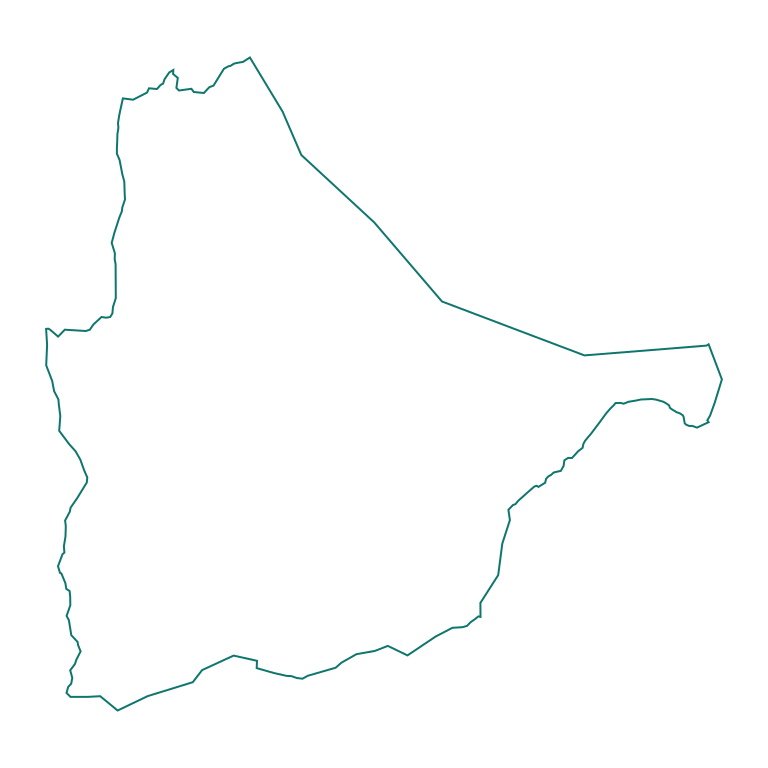 the district of San Pablo Yaganiza, Oaxaca, Mexico
{"feature_id": "50627088B67315987692410", "entity_name": "San Pablo Yaganiza", "entity_type": "district", "adm_level": 2, "iso_a3": "MEX", "parent_name": "Mexico", "parent_adm1": "Oaxaca", "projection": "equal_earth", "projection_center": [-96.217, 17.128], "detail": "fine", "context": "isolated", "style": "outline", "palette": "teal", "viewbox_px": 768, "rotation_deg": 0, "n_neighbors": 0, "source": "geoboundaries", "source_scale": "gbopen_adm2", "svg_char_len": 2575}
<svg xmlns="http://www.w3.org/2000/svg" viewBox="0 0 768 768"><path d="M122.9,98.4L120.1,111.1L119.2,115.5L118.0,123.1L118.4,127.9L117.4,134.3L117.2,141.8L116.9,147.9L116.9,153.9L117.7,155.5L119.6,160.1L122.3,174.1L124.3,181.6L124.7,194.2L125.0,199.4L122.3,207.5L121.9,211.2L119.3,217.6L114.3,233.1L111.7,242.9L114.9,253.3L114.7,259.4L115.6,264.1L115.8,298.1L113.0,306.9L112.4,313.4L110.2,317.0L106.2,317.7L101.5,317.0L93.5,324.4L89.8,329.7L85.8,331.0L64.8,329.7L58.1,336.6L50.1,329.7L48.4,328.7L46.1,328.9L47.1,344.8L46.2,365.3L52.2,381.0L54.1,391.1L58.4,399.4L58.8,404.2L60.3,416.0L59.2,430.8L69.3,444.3L75.6,451.3L80.4,459.8L84.2,470.4L87.3,477.5L87.1,479.2L86.8,482.5L77.4,497.8L70.6,507.7L69.8,511.7L65.1,520.5L65.8,526.1L65.5,536.4L63.9,546.2L64.4,552.6L62.5,554.2L58.0,566.2L60.0,572.9L61.4,573.5L65.4,583.2L66.3,588.9L69.6,591.0L70.2,596.9L70.3,605.3L66.6,615.9L68.9,620.2L71.3,635.2L77.6,642.0L78.0,644.9L80.6,651.4L76.4,659.6L74.9,664.1L70.2,670.3L72.3,677.9L71.2,683.7L68.2,686.9L66.5,692.9L68.8,695.2L70.5,696.9L87.3,696.9L100.2,696.2L117.6,710.5L147.7,696.1L192.8,682.2L202.1,670.1L220.1,661.8L233.6,655.6L257.0,660.8L256.7,668.1L273.8,673.0L286.7,675.9L291.3,676.1L296.8,678.0L302.5,678.7L307.7,675.8L335.7,667.7L341.4,662.7L356.4,654.2L375.0,650.9L387.8,645.9L407.5,655.4L435.5,636.6L452.4,627.8L462.5,627.2L467.0,625.9L470.6,622.2L475.0,619.1L478.4,616.4L480.5,616.9L480.4,602.9L498.2,575.1L502.3,543.6L509.9,520.1L508.4,509.8L513.0,505.0L515.4,504.2L518.1,500.9L526.8,493.1L534.4,486.5L536.6,485.8L538.4,486.9L545.2,482.7L546.0,479.0L548.3,476.4L551.1,474.9L553.7,472.5L557.4,471.6L560.8,470.9L563.6,465.9L564.4,460.3L568.1,457.9L572.0,458.0L578.1,451.3L582.6,447.8L583.4,443.9L585.0,440.9L587.9,437.4L591.2,433.5L594.5,429.1L598.6,423.7L606.3,413.2L610.5,408.4L613.6,405.4L615.5,403.1L620.4,402.9L623.7,403.7L628.4,401.8L635.7,400.6L640.9,399.5L651.9,399.0L656.0,399.6L663.5,401.8L666.4,403.5L669.1,405.4L669.9,407.8L671.7,409.2L676.6,412.2L679.6,413.2L680.9,414.0L682.8,415.3L683.6,416.8L684.7,423.3L686.2,424.7L689.3,426.0L692.3,425.9L697.0,427.6L708.6,422.2L707.3,420.3L710.0,415.8L714.6,403.1L721.9,379.4L708.6,344.3L706.5,345.6L584.4,355.4L442.0,301.5L374.2,222.4L301.3,155.0L283.3,113.3L283.0,112.3L249.9,57.5L243.0,61.9L238.9,62.6L236.6,63.0L233.9,63.7L230.6,65.8L228.4,66.3L223.9,68.8L213.5,85.6L209.3,87.2L203.9,93.0L193.8,92.0L191.4,88.8L179.0,90.5L176.4,87.9L177.8,77.9L173.1,74.0L173.3,70.0L169.2,72.5L164.5,79.3L163.1,83.6L160.6,84.9L157.0,89.0L149.0,88.3L147.0,92.6L133.1,99.7L122.9,98.4Z" fill="none" stroke="#0f766e" stroke-width="2"/></svg>